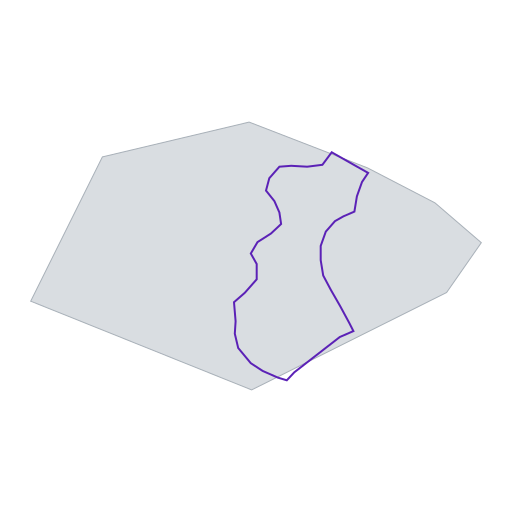 Singapore, with Central Singapore highlighted
{"feature_id": "SGP-4871", "entity_name": "Central Singapore", "entity_type": "state/province", "adm_level": 1, "iso_a3": "SGP", "parent_name": "Singapore", "parent_adm1": "", "projection": "robinson", "projection_center": [103.856, 1.349], "detail": "fine", "context": "in_parent", "style": "outline", "palette": "violet", "viewbox_px": 512, "rotation_deg": 0, "n_neighbors": 0, "source": "natural_earth", "source_scale": "10m", "svg_char_len": 788}
<svg xmlns="http://www.w3.org/2000/svg" viewBox="0 0 512 512"><path d="M446.6,292.5L251.6,389.9L30.7,301.2L102.4,156.9L249.1,122.1L367.5,167.9L435.0,202.9L481.3,242.7L446.6,292.5Z" fill="#d9dde1" stroke="#a8b0b8" stroke-width="1"/><path d="M353.4,331.1L339.8,337.0L294.3,372.3L286.8,380.3L277.8,377.6L262.6,370.9L250.8,363.2L238.2,348.0L234.8,333.7L235.6,321.3L234.0,302.2L244.9,292.7L256.7,279.3L256.7,264.0L250.8,253.5L257.5,242.1L271.0,233.5L281.1,224.0L279.4,212.5L274.4,201.1L266.0,190.6L269.3,178.2L279.4,166.7L291.2,165.8L307.2,166.7L322.4,164.8L331.7,152.3L368.1,172.9L362.0,182.0L356.9,196.3L354.4,211.6L343.5,216.3L335.0,221.1L325.8,231.6L320.7,245.9L320.7,260.2L323.2,275.5L330.8,289.8L340.1,306.0L349.4,323.2L353.4,331.1Z" fill="none" stroke="#5b21b6" stroke-width="2"/></svg>